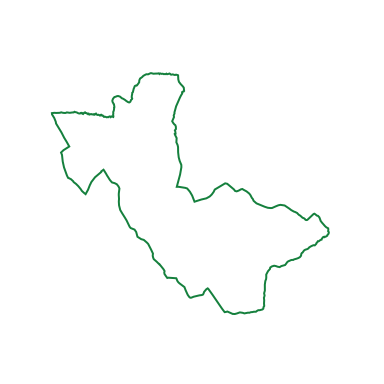 Mbogwe, Shinyanga, United Republic of Tanzania, rotated 151°
{"feature_id": "72390352B61326482335333", "entity_name": "Mbogwe", "entity_type": "district", "adm_level": 2, "iso_a3": "TZA", "parent_name": "United Republic of Tanzania", "parent_adm1": "Shinyanga", "projection": "robinson", "projection_center": [32.171, -3.47], "detail": "fine", "context": "isolated", "style": "outline", "palette": "green", "viewbox_px": 384, "rotation_deg": 151, "n_neighbors": 0, "source": "geoboundaries", "source_scale": "gbopen_adm2", "svg_char_len": 5961}
<svg xmlns="http://www.w3.org/2000/svg" viewBox="0 0 384 384"><g transform="rotate(151 192 192)"><path d="M147.8,301.2L148.0,301.3L149.1,302.4L149.9,302.5L150.7,303.0L151.5,303.9L152.2,304.4L152.9,304.5L153.7,305.1L153.9,306.0L154.2,306.5L156.2,306.9L156.8,307.2L157.0,307.9L158.2,308.0L158.9,308.5L159.6,308.8L160.2,309.6L161.4,310.1L162.2,311.0L162.9,311.1L163.3,311.0L163.5,311.9L164.5,312.2L166.6,313.3L168.3,314.1L169.2,314.9L169.8,315.5L170.7,316.0L173.3,316.2L174.9,317.1L175.7,317.2L178.2,317.2L179.8,316.7L181.2,316.5L181.8,316.5L182.4,316.4L183.7,315.4L184.4,314.6L184.9,313.7L185.7,313.2L188.3,312.0L188.8,311.9L189.0,312.2L189.4,312.2L189.8,312.4L190.5,312.4L191.0,312.2L191.8,311.4L192.9,310.6L195.3,308.0L196.1,307.8L196.9,306.6L198.0,305.3L198.8,304.1L198.9,303.6L198.9,303.1L199.0,302.7L199.5,302.3L200.6,302.1L202.1,300.9L203.0,300.7L203.6,300.8L204.6,302.0L205.0,302.9L205.4,303.6L205.8,304.7L206.6,306.2L207.4,307.5L207.9,308.0L208.7,310.3L210.1,311.8L211.2,312.2L212.9,312.4L213.6,312.6L214.4,312.5L216.1,311.7L217.4,310.5L217.8,309.4L217.8,307.7L217.9,307.1L217.7,306.6L218.7,303.9L219.1,303.5L219.3,303.5L219.5,303.0L220.5,301.6L221.4,300.7L222.1,300.2L222.9,298.6L223.3,298.2L223.6,297.6L224.1,296.2L224.5,295.8L225.2,296.6L225.7,297.1L226.7,296.9L226.7,297.3L227.1,297.9L227.6,298.1L228.4,298.1L228.7,297.9L229.4,298.4L230.3,298.6L230.8,299.2L231.3,299.8L231.9,300.1L232.5,300.3L232.5,301.0L232.8,301.2L233.0,301.6L232.9,302.0L233.2,302.4L233.5,302.5L233.8,303.5L234.3,303.7L234.6,303.5L234.8,303.2L235.5,303.5L235.7,303.8L235.8,304.2L236.6,305.1L237.1,305.1L237.6,305.6L237.9,306.1L238.0,307.1L238.5,307.0L239.3,307.3L239.7,307.3L239.9,306.9L240.1,307.0L240.3,307.3L240.3,307.7L240.6,307.8L241.0,307.7L241.3,308.0L242.1,308.8L242.4,308.8L242.6,309.1L243.3,309.4L243.9,309.5L244.0,309.4L244.3,309.5L244.4,309.8L244.4,310.5L244.7,310.6L244.7,310.9L244.9,311.0L245.1,311.1L245.4,310.9L245.8,311.8L246.0,311.8L246.1,312.0L246.3,312.4L246.8,312.7L246.9,313.5L247.3,313.6L247.6,313.3L248.0,313.5L249.2,313.1L249.3,313.5L249.5,313.4L249.9,313.5L250.1,314.0L250.0,314.3L250.1,314.7L250.6,315.0L250.9,315.0L251.2,315.1L251.6,314.9L252.4,315.2L253.2,315.9L253.7,316.6L254.1,317.3L255.2,318.4L255.7,318.6L255.9,319.1L257.3,319.1L257.9,319.5L260.5,320.5L262.9,322.3L264.1,322.4L265.5,323.1L266.9,324.2L267.8,325.1L269.1,325.3L272.5,327.0L274.0,328.0L276.3,328.9L276.8,327.7L276.6,323.6L277.1,319.5L277.7,317.8L277.3,307.4L277.5,301.4L277.3,296.5L277.3,291.3L284.1,290.9L287.4,290.0L287.7,287.5L290.3,281.3L292.0,275.6L293.4,267.0L293.5,264.4L293.1,264.1L293.1,263.9L291.7,262.0L290.7,259.0L290.7,258.0L289.5,255.3L288.6,252.2L287.9,248.2L287.8,246.4L287.0,243.9L286.1,241.7L281.8,244.4L277.8,247.7L277.4,247.9L277.3,248.0L275.2,249.5L269.7,251.9L261.7,253.5L261.4,254.0L258.6,254.4L258.5,253.8L258.3,249.7L258.3,247.3L258.2,246.4L258.0,242.5L257.6,240.3L257.5,240.0L257.3,239.1L255.4,237.3L254.0,235.2L253.6,232.7L253.6,231.9L253.8,230.2L256.6,226.4L257.5,224.9L259.1,221.5L260.7,219.0L262.3,215.6L263.5,211.0L263.4,207.4L263.1,201.9L263.0,198.8L263.4,191.8L263.1,190.2L260.5,187.0L260.2,184.1L261.4,179.3L259.3,175.4L257.4,173.5L256.0,169.7L255.5,167.8L255.7,161.6L256.0,157.1L257.3,155.2L257.8,153.4L258.0,151.8L256.7,148.2L255.4,143.7L255.3,143.8L254.4,138.5L254.3,136.4L254.5,135.9L255.2,135.2L255.6,134.2L255.8,133.6L255.6,131.2L255.3,128.8L254.2,128.5L247.6,124.2L247.6,123.5L247.8,122.4L247.9,121.1L247.7,119.6L247.2,118.1L244.7,112.5L245.2,109.2L245.6,104.2L245.3,101.5L244.8,100.4L243.8,99.9L241.3,99.6L235.6,98.0L233.3,97.1L232.0,97.0L230.9,97.8L229.8,98.8L226.6,100.0L225.0,100.1L224.7,99.3L223.9,92.4L222.3,75.4L221.7,71.1L220.7,70.7L219.0,70.3L215.5,65.6L213.6,64.5L211.6,64.0L208.5,63.5L206.3,61.8L205.0,60.4L201.5,59.3L200.4,58.6L198.6,58.3L197.2,57.6L195.9,57.3L194.1,56.3L192.7,56.5L191.4,56.5L190.1,55.8L187.3,55.1L186.2,55.4L185.2,56.7L184.1,57.3L183.1,59.5L181.3,62.4L180.4,64.6L179.6,65.3L178.7,66.3L178.0,68.5L176.1,70.4L173.2,75.7L171.0,78.6L170.3,79.2L169.5,79.8L168.5,81.2L167.1,83.8L163.9,85.9L161.1,86.9L160.2,88.0L158.3,88.2L155.9,87.7L154.6,86.6L153.3,85.1L151.7,83.8L149.8,83.9L146.0,83.0L145.0,83.4L142.7,84.5L141.5,84.7L138.2,84.4L137.2,84.0L136.4,83.5L135.7,83.6L134.6,83.4L133.0,83.0L131.1,82.7L129.3,82.7L127.9,83.2L127.1,83.9L126.5,84.8L125.5,85.4L124.7,85.4L123.1,86.2L122.0,86.6L120.8,86.6L119.0,86.2L117.6,86.2L116.5,86.7L114.9,86.8L113.8,86.8L111.6,86.6L110.5,85.8L108.5,86.4L107.9,87.0L107.6,87.0L105.8,87.9L105.4,87.5L104.8,87.5L103.6,87.7L102.5,87.7L101.8,87.5L101.1,88.2L100.4,88.4L99.6,88.9L98.6,88.9L98.1,88.8L98.0,88.3L97.3,88.3L96.8,88.1L94.9,88.2L94.3,88.8L93.0,89.2L92.1,90.0L91.8,90.8L92.0,91.6L91.0,93.0L90.5,94.2L91.6,95.9L92.2,97.6L93.2,102.3L93.5,104.4L93.2,105.9L92.9,108.1L93.4,110.1L94.2,110.8L95.0,112.8L95.5,113.7L96.4,113.8L104.6,111.7L105.4,111.9L106.2,112.6L106.4,113.8L106.9,114.9L107.8,115.9L108.8,118.9L109.4,119.8L109.9,121.2L110.2,122.6L111.4,124.4L112.4,125.5L114.0,128.1L114.9,130.2L117.5,135.3L120.9,137.9L122.9,138.5L125.3,138.8L129.7,139.2L130.8,139.7L133.3,141.4L135.6,143.9L141.1,150.8L142.4,154.4L142.2,156.5L142.5,157.8L142.4,160.9L142.7,162.9L144.0,166.1L145.8,168.9L146.5,170.2L147.8,170.6L150.6,170.6L152.6,170.9L153.8,172.0L154.1,174.0L157.2,182.1L158.8,183.5L170.9,183.1L173.0,181.6L176.0,180.2L178.7,179.5L182.5,179.5L187.5,180.9L194.5,182.3L193.6,188.8L193.7,193.3L194.5,197.4L195.9,198.9L201.0,202.9L202.8,203.9L194.0,213.0L189.3,218.8L188.2,220.9L187.7,225.2L186.8,228.8L184.9,233.4L182.4,238.1L181.8,240.2L181.6,243.0L179.3,246.6L179.1,250.7L178.9,251.2L178.1,251.0L177.2,253.3L177.1,254.2L175.5,254.9L174.4,257.1L174.2,258.6L174.7,259.8L175.0,261.7L175.0,263.5L171.4,266.3L170.9,267.8L169.2,269.2L168.7,270.2L167.1,271.8L164.4,274.6L156.7,280.5L154.6,281.9L152.8,282.9L152.3,284.1L151.5,284.3L150.7,283.9L149.9,284.2L148.6,287.3L148.8,288.8L149.6,291.9L150.0,294.7L149.4,297.1L147.6,300.8L147.8,301.2Z" fill="none" stroke="#15803d" stroke-width="2"/></g></svg>